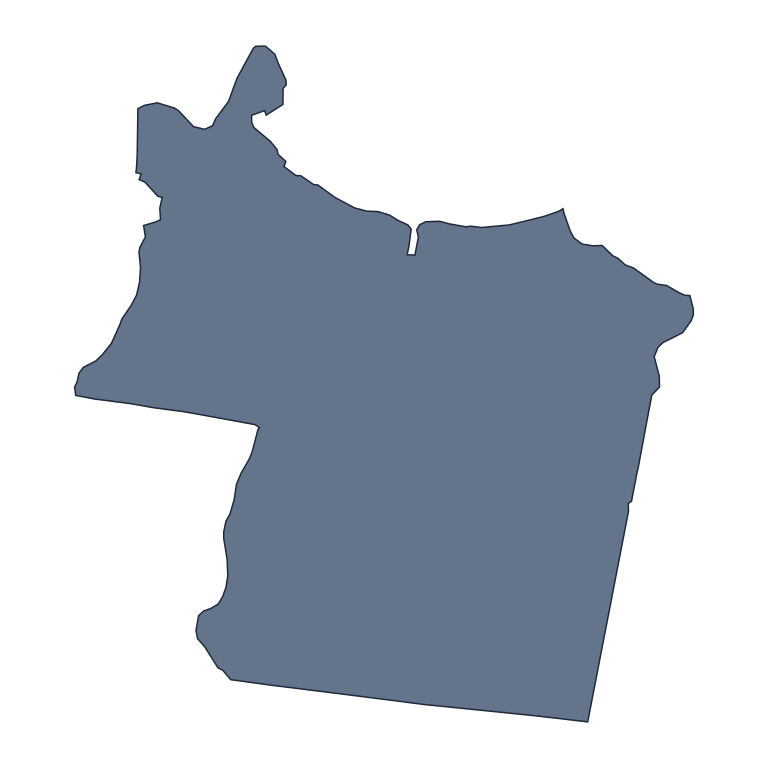 Central Honiara, Capital Territory (Honiara), Solomon Islands
{"feature_id": "97153195B38090868085036", "entity_name": "Central Honiara", "entity_type": "district", "adm_level": 2, "iso_a3": "SLB", "parent_name": "Solomon Islands", "parent_adm1": "Capital Territory (Honiara)", "projection": "natural_earth1", "projection_center": [159.962, -9.442], "detail": "fine", "context": "isolated", "style": "filled", "palette": "slate", "viewbox_px": 768, "rotation_deg": 0, "n_neighbors": 0, "source": "geoboundaries", "source_scale": "gbopen_adm2", "svg_char_len": 2034}
<svg xmlns="http://www.w3.org/2000/svg" viewBox="0 0 768 768"><path d="M563.0,208.7L558.7,211.3L543.7,216.5L509.5,224.9L481.5,227.5L471.2,226.2L465.8,226.8L449.1,223.8L439.6,221.3L425.8,221.7L419.7,224.7L416.7,229.8L418.4,237.0L414.9,255.1L407.1,254.7L408.9,246.6L411.2,229.1L407.9,224.9L398.4,220.6L389.7,215.2L378.2,211.6L366.5,211.1L354.5,207.9L335.3,197.6L331.9,195.2L317.7,184.9L313.7,184.6L300.7,175.7L295.9,175.5L284.0,166.6L285.8,161.4L278.0,154.3L277.0,149.5L270.5,141.5L254.1,127.7L251.7,122.8L251.6,115.3L264.6,110.6L266.2,115.1L282.9,104.5L283.1,88.5L286.2,84.8L286.0,80.3L278.3,63.4L274.9,54.3L265.4,46.1L255.6,46.3L253.2,48.5L237.1,78.1L233.4,88.1L228.5,101.5L215.6,118.8L212.6,125.7L204.7,129.3L193.6,126.7L178.6,110.8L174.3,108.0L157.2,102.8L144.3,105.4L137.9,108.7L137.2,155.0L136.5,167.8L135.9,172.6L141.1,174.0L139.1,179.6L144.9,182.1L157.8,196.2L162.1,197.5L159.8,208.3L160.5,219.7L155.8,221.9L143.6,225.5L145.4,236.9L139.9,247.3L139.0,252.0L140.5,267.8L139.5,282.6L136.5,295.3L133.8,300.4L131.1,305.5L121.9,318.9L119.8,324.8L111.5,343.2L102.1,354.9L95.9,360.9L86.7,365.6L83.3,367.4L79.1,373.0L77.0,382.1L74.6,387.1L75.7,395.4L95.0,399.1L131.0,403.7L152.8,407.6L183.3,411.6L191.2,413.0L254.9,424.6L259.6,427.8L258.0,429.4L252.2,451.7L249.6,458.4L241.1,473.2L236.5,484.3L234.1,499.9L229.8,514.5L226.0,521.0L223.7,531.8L223.7,538.2L227.1,559.4L227.8,575.7L226.0,587.4L222.6,596.7L218.2,604.0L210.7,608.5L203.3,611.2L198.6,615.8L196.0,630.4L197.5,638.5L204.7,646.8L218.0,667.9L222.6,670.1L230.7,679.7L271.9,685.3L363.9,696.8L424.9,704.6L534.4,715.7L587.7,721.9L628.5,511.2L628.3,503.4L631.5,501.3L637.0,472.7L638.2,467.7L645.7,427.4L651.8,395.1L659.5,387.1L659.3,376.1L654.2,356.7L658.0,347.3L663.1,342.5L682.6,332.7L690.9,321.2L693.4,314.7L693.2,308.6L689.9,295.6L684.6,295.2L677.6,291.9L666.7,285.5L656.8,284.1L652.9,282.0L633.7,268.1L625.0,264.8L618.0,258.3L613.0,255.9L602.1,245.5L592.9,245.8L582.1,244.1L573.9,237.9L570.3,231.1L563.8,212.8L563.0,208.7Z" fill="#64748b" stroke="#1e293b" stroke-width="1.5"/></svg>